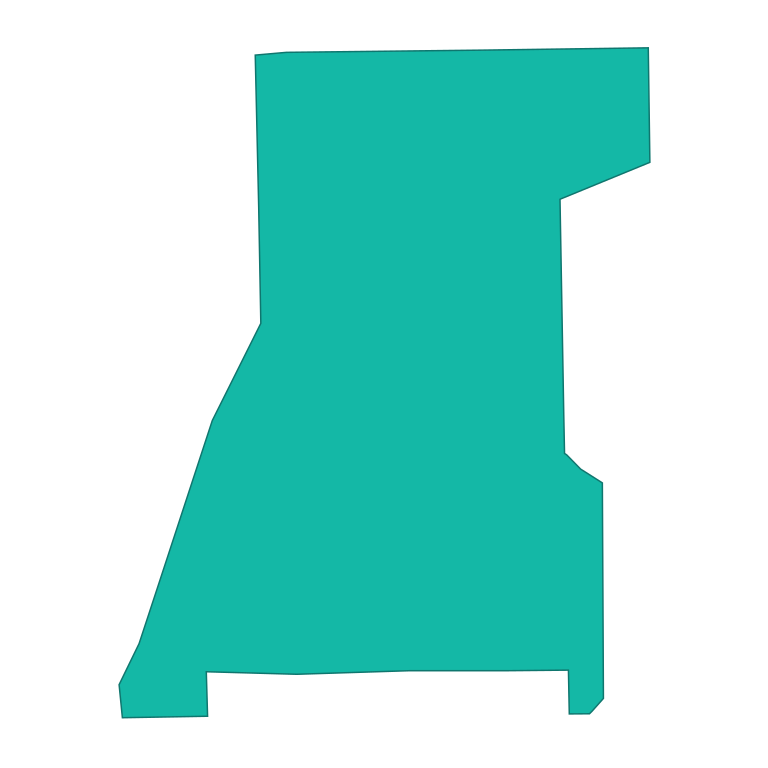 Valencia, New Mexico, United States of America (Natural Earth projection), rotated 89°
{"feature_id": "52423323B5948069523635", "entity_name": "Valencia", "entity_type": "district", "adm_level": 2, "iso_a3": "USA", "parent_name": "United States of America", "parent_adm1": "New Mexico", "projection": "natural_earth1", "projection_center": [-106.706, 34.697], "detail": "fine", "context": "isolated", "style": "filled", "palette": "teal", "viewbox_px": 768, "rotation_deg": 89, "n_neighbors": 0, "source": "geoboundaries", "source_scale": "gbopen_adm2", "svg_char_len": 562}
<svg xmlns="http://www.w3.org/2000/svg" viewBox="0 0 768 768"><g transform="rotate(89 384 384)"><path d="M717.1,204.5L717.3,184.3L714.8,181.7L702.2,170.1L486.7,167.4L472.5,188.9L458.0,202.6L456.6,204.7L419.3,204.8L202.4,204.8L201.9,203.7L167.0,114.3L52.5,113.9L51.9,280.6L50.7,475.8L52.9,507.0L205.7,506.2L321.2,506.1L392.6,543.3L413.3,554.1L413.5,554.2L417.5,556.3L588.8,615.8L639.3,633.4L680.0,654.1L713.1,651.4L713.1,566.2L668.6,566.7L672.7,476.3L671.1,363.5L672.8,266.5L673.3,204.6L717.1,204.5Z" fill="#14b8a6" stroke="#0f766e" stroke-width="1.5"/></g></svg>